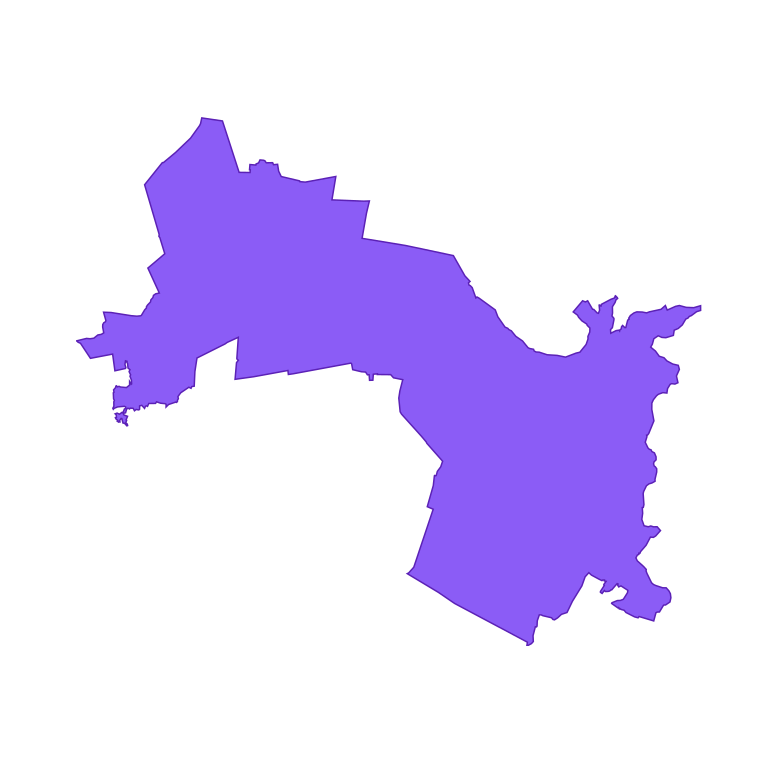 the district of Nalbant, Tulcea, Romania, rotated 277°
{"feature_id": "2599482B6965012888187", "entity_name": "Nalbant", "entity_type": "district", "adm_level": 2, "iso_a3": "ROU", "parent_name": "Romania", "parent_adm1": "Tulcea", "projection": "natural_earth1", "projection_center": [28.557, 45.014], "detail": "fine", "context": "isolated", "style": "filled", "palette": "violet", "viewbox_px": 768, "rotation_deg": 277, "n_neighbors": 0, "source": "geoboundaries", "source_scale": "gbopen_adm2", "svg_char_len": 6143}
<svg xmlns="http://www.w3.org/2000/svg" viewBox="0 0 768 768"><g transform="rotate(277 384 384)"><path d="M389.2,73.2L389.2,74.2L388.2,75.2L387.4,77.8L373.7,89.5L380.6,111.0L364.3,115.3L367.9,125.5L368.9,125.8L371.8,124.5L375.5,124.6L375.2,126.2L374.4,126.0L373.1,127.0L368.6,128.0L367.3,130.1L365.2,129.5L362.2,131.4L360.8,130.9L357.2,132.8L353.3,133.5L352.9,133.1L355.4,131.2L351.9,131.6L349.1,128.8L348.9,122.8L349.4,121.3L348.7,119.8L349.6,118.7L349.2,118.1L347.9,118.1L345.2,116.3L342.9,117.0L342.3,116.4L336.3,117.4L334.9,118.4L333.4,118.0L329.0,118.6L326.9,117.8L325.9,118.4L327.0,119.2L328.8,122.4L330.2,128.9L329.8,130.4L328.2,130.7L327.6,129.4L323.8,128.4L323.5,127.9L323.9,127.4L321.8,125.1L322.6,122.6L321.6,120.8L320.8,122.0L318.3,122.5L317.8,121.5L316.7,122.2L315.5,124.1L314.6,123.8L314.5,124.5L313.8,125.0L314.2,126.6L315.4,126.0L317.8,127.3L317.7,128.0L313.4,129.7L313.4,131.2L311.1,133.9L311.5,134.6L312.9,134.1L314.2,132.4L316.5,133.0L317.0,132.4L320.7,133.4L321.5,129.8L322.4,129.1L323.3,129.3L323.9,131.0L327.7,131.6L328.8,132.8L328.2,134.5L329.1,135.0L329.3,138.0L327.0,139.6L328.5,141.1L328.4,143.8L329.2,144.5L332.5,144.1L333.3,146.2L330.6,149.3L332.8,149.9L333.4,151.0L333.0,152.0L336.0,152.9L336.9,159.6L338.6,160.4L337.7,164.6L337.8,169.2L337.3,170.2L334.6,170.5L337.4,172.7L340.7,179.6L340.4,180.1L341.3,181.1L342.9,181.0L344.3,181.7L346.4,181.0L350.5,183.3L357.0,190.7L356.2,193.0L358.0,193.5L358.7,195.9L373.3,194.8L387.0,195.2L404.5,221.5L406.1,223.2L412.6,233.7L391.9,234.8L391.0,234.9L389.8,236.5L387.2,235.0L370.5,235.6L375.3,253.7L385.7,287.0L381.8,287.9L383.1,292.7L400.7,348.6L400.1,349.4L394.4,351.2L393.4,360.1L393.6,364.3L391.1,366.4L391.4,368.1L385.9,369.2L386.4,372.5L392.4,372.2L393.3,376.2L392.6,376.2L394.1,389.5L391.3,392.7L390.6,402.1L379.0,400.6L371.8,400.4L358.4,403.4L356.2,405.1L336.8,427.4L331.7,432.9L330.3,433.8L314.5,451.6L308.7,450.4L303.8,447.6L299.6,447.0L299.2,446.6L299.4,445.4L299.1,445.2L289.1,445.3L267.5,441.9L265.7,448.1L205.8,435.9L199.6,431.6L198.6,430.2L183.8,463.4L174.8,480.8L145.2,557.8L142.1,557.7L142.3,559.2L144.3,562.0L146.6,563.6L152.3,562.6L161.5,563.8L161.5,565.0L162.4,565.4L167.7,565.0L173.8,566.3L174.0,568.2L173.4,569.8L172.4,578.8L170.9,580.3L170.7,582.0L173.0,584.8L177.0,588.2L179.5,593.5L191.3,597.5L207.7,605.0L217.1,607.1L221.7,610.3L219.6,613.2L216.4,621.4L215.4,624.3L216.1,625.0L216.3,626.7L215.4,626.7L215.2,628.5L212.4,626.9L211.4,626.6L210.9,627.2L204.5,624.1L203.6,624.2L202.7,626.0L205.9,627.9L205.0,629.0L205.4,631.6L206.0,633.2L207.4,634.5L207.4,635.1L214.3,639.7L214.0,640.7L212.9,640.4L211.2,641.7L212.5,643.8L208.9,651.2L206.5,651.1L199.5,647.8L198.0,645.0L197.5,642.0L194.7,636.9L193.9,636.7L190.3,643.4L190.7,643.9L189.5,644.8L189.4,645.3L189.9,645.4L189.1,646.9L188.7,649.9L186.7,652.0L183.4,661.1L182.9,664.7L184.3,665.5L181.7,680.6L190.1,681.8L190.9,682.9L191.3,685.2L198.3,688.3L198.7,688.7L199.0,690.4L202.5,694.4L206.8,694.8L210.8,693.8L213.5,691.9L216.1,688.9L215.7,685.4L217.1,678.3L217.8,676.0L219.3,673.8L228.2,668.0L230.4,666.9L231.9,666.9L234.5,663.9L239.3,657.0L242.1,655.2L245.1,656.3L245.9,657.7L247.1,657.5L247.3,658.7L248.9,659.1L255.9,663.8L264.5,667.1L264.6,670.1L266.3,672.2L272.2,676.3L275.6,672.5L275.1,668.9L275.6,666.1L274.5,663.7L275.0,659.4L281.0,656.4L287.2,656.5L292.8,655.4L293.1,656.4L295.9,656.7L306.8,654.6L308.9,654.8L315.0,656.9L317.2,659.2L318.4,662.0L320.5,664.9L322.5,664.6L329.9,665.4L333.1,665.0L334.9,663.4L335.5,662.2L337.6,661.3L339.6,661.5L341.9,663.3L344.9,662.9L348.6,660.8L349.6,658.1L351.3,657.0L351.5,655.4L352.7,653.8L358.0,650.4L363.7,651.4L365.2,650.9L365.4,651.8L367.1,652.8L380.3,656.4L391.4,652.9L397.7,652.2L401.2,653.3L405.5,655.9L407.2,657.5L409.4,661.8L409.5,665.9L414.0,666.0L418.6,668.1L419.4,669.5L419.4,672.8L421.1,675.6L427.6,673.3L434.5,675.4L438.4,673.8L439.0,668.2L441.4,662.0L444.2,658.7L445.1,653.8L449.8,649.4L453.1,644.2L456.2,645.5L461.8,646.3L465.3,650.3L464.1,654.1L464.3,658.1L467.5,665.3L472.8,665.5L474.9,669.2L479.0,672.9L485.2,675.6L486.5,677.7L488.3,678.8L489.3,680.7L493.9,685.5L495.6,689.3L500.3,688.7L497.5,682.1L496.9,674.6L497.9,667.6L496.6,663.9L491.9,656.1L496.2,653.7L491.9,649.9L488.0,638.7L486.6,636.0L486.9,631.5L486.4,626.1L485.0,623.4L482.0,620.2L479.2,618.9L478.3,619.4L477.1,618.1L469.5,617.1L469.3,616.2L471.2,613.7L469.8,612.8L467.6,612.7L466.4,611.5L465.4,611.4L466.1,610.8L465.3,607.9L462.0,602.9L465.6,602.2L467.7,603.8L475.8,604.4L477.2,604.2L479.3,602.0L482.3,602.2L488.5,601.3L493.0,603.4L495.8,604.0L497.4,605.5L498.2,605.0L500.2,602.5L499.5,603.0L498.4,602.4L498.0,602.7L497.2,601.8L495.8,599.0L489.6,590.1L487.8,589.9L487.9,589.2L488.7,588.4L488.5,587.9L483.5,589.0L480.3,588.2L480.5,586.9L483.6,583.1L483.6,581.9L491.4,576.0L490.0,573.9L490.8,571.0L478.6,563.0L475.9,567.7L474.0,569.0L470.8,572.7L468.2,577.9L466.9,578.6L464.7,581.5L462.1,581.8L460.6,581.9L456.1,580.6L453.5,581.0L447.9,579.8L439.4,574.5L438.1,570.9L432.8,560.9L433.5,552.4L432.9,542.4L434.5,534.2L434.3,531.0L435.1,529.0L436.7,528.2L437.0,524.2L437.6,522.5L443.6,516.3L447.4,509.0L452.3,503.9L453.2,501.4L454.4,500.0L455.2,497.2L464.6,488.8L471.1,485.4L480.8,467.9L481.7,465.7L480.6,464.7L490.4,459.8L492.1,457.7L492.6,456.3L494.7,455.5L496.3,456.9L501.2,451.1L519.9,437.2L524.1,388.6L525.9,344.5L551.4,345.8L563.9,347.2L563.0,341.5L560.4,309.9L584.1,310.9L574.8,281.3L574.6,275.8L575.3,275.5L577.4,256.7L582.4,253.5L589.1,251.6L588.2,247.6L590.1,246.5L589.2,240.2L591.1,238.5L591.4,237.1L591.3,233.6L588.2,232.6L586.8,230.2L585.7,230.1L585.5,224.2L580.3,224.4L580.3,225.2L577.6,225.3L576.4,214.4L625.4,191.6L625.9,170.7L620.2,170.2L618.1,169.5L604.4,162.0L588.3,148.8L576.9,138.1L576.7,137.0L552.6,122.1L505.1,142.6L503.1,142.6L501.9,143.7L487.1,150.3L486.5,150.5L470.3,135.5L446.9,149.9L445.7,146.4L443.9,144.4L441.6,144.1L439.2,142.4L436.9,142.2L433.6,139.7L431.8,138.8L430.4,138.9L428.6,137.5L422.5,134.8L422.0,134.0L421.2,130.4L421.0,124.7L421.7,104.4L421.1,96.9L413.1,100.2L411.9,100.0L410.6,98.4L408.7,97.6L406.3,97.8L400.6,99.6L398.8,97.3L397.8,94.0L394.1,90.4L393.1,86.7L393.0,83.2L389.2,73.2Z" fill="#8b5cf6" stroke="#5b21b6" stroke-width="1.5"/></g></svg>